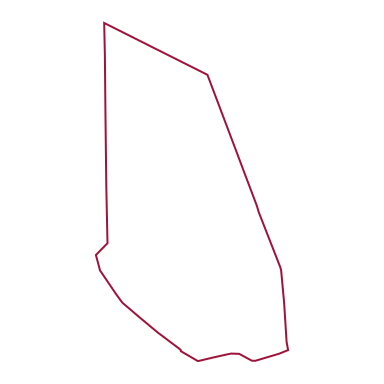 outline of Reifi Shamal Ad Delta, Kassala, Sudan
{"feature_id": "16777658B72922457996803", "entity_name": "Reifi Shamal Ad Delta", "entity_type": "district", "adm_level": 2, "iso_a3": "SDN", "parent_name": "Sudan", "parent_adm1": "Kassala", "projection": "robinson", "projection_center": [35.98, 16.599], "detail": "fine", "context": "isolated", "style": "outline", "palette": "rose", "viewbox_px": 384, "rotation_deg": 0, "n_neighbors": 0, "source": "geoboundaries", "source_scale": "gbopen_adm2", "svg_char_len": 643}
<svg xmlns="http://www.w3.org/2000/svg" viewBox="0 0 384 384"><path d="M95.9,255.1L96.0,255.4L97.5,260.9L100.0,270.4L116.0,294.0L122.2,302.5L123.4,303.6L139.7,317.5L157.7,332.5L179.4,348.8L180.8,350.1L180.9,351.2L197.7,361.0L198.9,360.9L213.2,357.5L227.1,354.4L231.0,353.6L238.3,353.8L239.1,353.8L249.3,359.3L251.9,360.7L255.3,360.8L279.2,353.7L288.1,350.1L286.6,342.0L284.1,302.5L281.1,270.1L280.2,267.0L258.6,211.8L256.9,205.9L242.2,167.0L235.9,150.2L207.5,75.0L207.4,74.8L152.4,47.2L135.3,38.6L104.2,23.0L104.3,28.4L104.9,56.5L105.4,108.9L106.3,187.0L107.5,243.2L95.9,255.0L95.9,255.1Z" fill="none" stroke="#9f1239" stroke-width="2"/></svg>